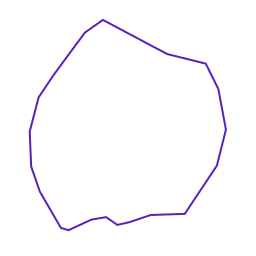 Kasaji, Katanga, Democratic Republic of the Congo (Equal Earth projection), rotated 184°
{"feature_id": "63176286B96753486418064", "entity_name": "Kasaji", "entity_type": "district", "adm_level": 2, "iso_a3": "COD", "parent_name": "Democratic Republic of the Congo", "parent_adm1": "Katanga", "projection": "equal_earth", "projection_center": [23.457, -10.361], "detail": "fine", "context": "isolated", "style": "outline", "palette": "violet", "viewbox_px": 256, "rotation_deg": 184, "n_neighbors": 0, "source": "geoboundaries", "source_scale": "gbopen_adm2", "svg_char_len": 423}
<svg xmlns="http://www.w3.org/2000/svg" viewBox="0 0 256 256"><g transform="rotate(184 128 128)"><path d="M180.2,21.9L158.0,34.1L143.7,37.6L131.9,30.6L120.2,34.1L99.3,42.8L65.4,46.3L36.7,96.7L30.2,133.2L40.6,173.2L54.9,197.6L94.1,204.5L125.4,218.4L160.6,234.1L177.6,220.2L193.2,195.8L206.3,175.0L219.3,152.3L225.8,117.6L221.9,82.8L211.5,58.4L188.0,23.7L180.2,21.9Z" fill="none" stroke="#5b21b6" stroke-width="2"/></g></svg>